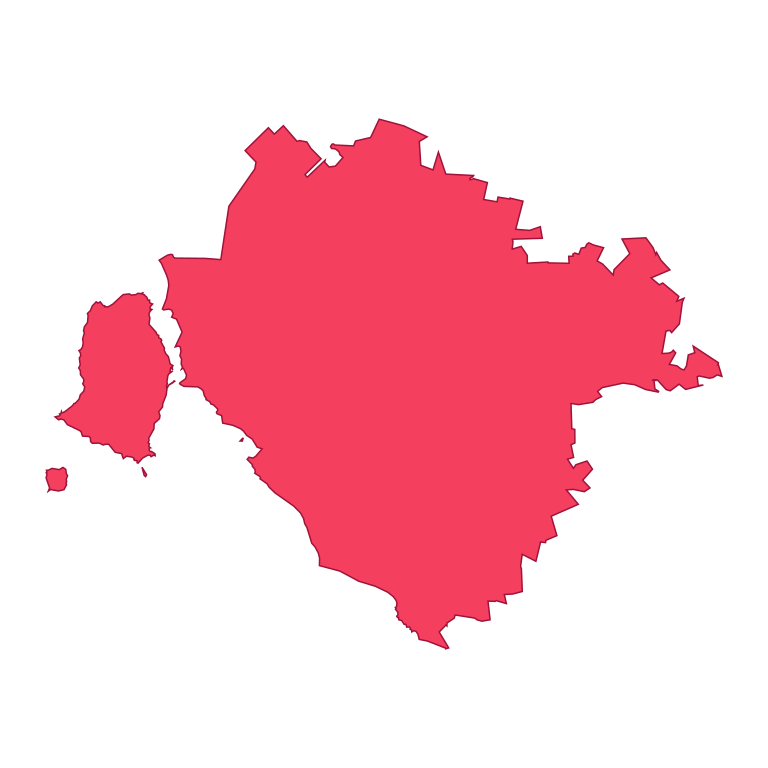 the district of Hermosillo, Sonora, Mexico
{"feature_id": "50627088B25746055261470", "entity_name": "Hermosillo", "entity_type": "district", "adm_level": 2, "iso_a3": "MEX", "parent_name": "Mexico", "parent_adm1": "Sonora", "projection": "robinson", "projection_center": [-112.148, 28.969], "detail": "fine", "context": "isolated", "style": "filled", "palette": "rose", "viewbox_px": 768, "rotation_deg": 0, "n_neighbors": 0, "source": "geoboundaries", "source_scale": "gbopen_adm2", "svg_char_len": 6049}
<svg xmlns="http://www.w3.org/2000/svg" viewBox="0 0 768 768"><path d="M159.1,260.2L161.5,263.5L166.7,275.4L168.2,280.1L168.8,285.5L166.4,298.9L162.4,309.0L163.5,309.9L169.0,309.1L171.6,310.2L173.2,313.6L171.6,317.2L176.5,319.1L182.1,332.1L175.2,346.9L178.8,346.0L180.3,347.2L181.0,351.1L179.9,355.8L181.5,358.8L181.2,364.2L182.5,367.0L181.5,369.2L182.8,368.4L181.9,368.8L182.3,368.0L183.6,368.6L186.5,375.1L185.7,378.6L180.2,382.6L179.6,383.4L180.1,384.3L184.0,386.4L197.9,386.9L201.4,389.1L203.1,390.7L204.3,395.6L206.2,398.6L206.0,399.6L209.8,401.7L210.8,403.9L213.4,404.8L217.6,408.9L217.6,410.5L216.4,412.3L217.0,413.7L221.6,415.6L222.7,423.1L232.9,425.3L240.5,428.7L243.4,431.0L246.6,435.3L252.2,439.1L257.2,447.2L262.1,448.8L255.8,456.2L253.1,458.0L248.8,457.2L247.2,459.4L252.4,464.7L252.3,466.2L254.9,469.3L255.3,472.3L254.7,473.2L259.9,476.5L260.5,477.9L260.0,478.8L267.1,483.8L269.2,487.3L275.3,493.1L293.6,506.0L300.5,512.9L303.6,518.6L304.7,523.6L306.9,527.4L311.8,543.3L315.0,546.8L318.3,553.0L319.6,558.1L319.4,565.6L339.9,571.1L358.9,581.3L375.2,586.2L387.7,592.2L393.3,596.6L396.3,600.7L396.9,603.4L396.6,606.5L395.3,607.5L396.0,608.5L395.5,609.3L397.9,612.4L397.9,615.0L396.7,616.2L397.5,617.5L398.5,617.4L398.9,619.9L401.6,620.5L404.2,624.4L405.9,624.3L406.7,627.1L409.6,627.0L410.5,628.4L410.0,629.1L411.6,630.1L411.8,631.9L413.8,630.7L416.0,631.4L417.9,634.2L419.2,639.4L427.2,641.0L445.5,648.1L445.7,648.8L448.7,647.9L439.2,632.0L446.0,625.0L446.9,625.9L447.0,623.0L454.3,618.1L455.1,615.0L474.8,618.1L477.2,619.9L481.9,621.2L490.1,619.8L488.0,601.1L495.1,601.4L496.0,600.6L506.4,603.6L504.3,594.5L512.8,594.0L522.3,591.5L521.4,568.7L520.6,566.4L522.2,554.3L535.9,561.3L540.6,542.0L545.5,542.6L545.9,540.3L556.9,535.6L551.2,516.2L578.3,504.3L566.3,489.9L573.4,489.4L584.3,491.7L590.0,487.9L582.7,480.2L592.5,469.2L587.0,461.0L575.9,464.7L573.4,468.3L567.5,459.2L573.6,457.4L571.0,444.7L574.9,443.0L574.8,429.4L571.8,428.7L571.0,403.5L578.7,404.6L592.9,402.3L595.8,399.5L601.6,396.6L597.6,391.4L602.2,387.6L623.1,383.1L634.7,384.7L645.6,389.5L658.2,392.1L658.6,391.3L654.9,388.9L654.0,380.5L652.8,380.1L653.3,379.7L655.9,380.5L656.0,379.8L657.4,380.0L666.2,389.6L670.2,390.8L679.1,384.2L685.6,389.4L703.4,385.0L698.2,385.5L697.2,376.7L699.3,376.0L709.4,378.2L713.1,377.5L717.2,374.9L721.9,376.4L718.4,364.7L717.7,364.8L718.4,362.7L693.2,346.1L694.8,352.7L688.3,354.9L686.5,365.8L684.2,369.9L681.1,369.0L676.9,365.8L669.3,364.4L675.7,352.9L673.3,350.2L671.7,352.0L668.4,353.2L662.0,353.5L666.0,331.1L669.8,330.4L671.6,332.6L679.4,323.9L682.3,302.4L684.0,298.2L676.8,301.3L678.8,296.4L662.7,283.0L659.3,284.8L651.1,277.9L669.9,269.9L660.9,260.2L656.6,252.5L655.8,254.7L653.1,247.7L645.9,237.8L622.0,239.0L629.8,253.7L614.1,269.6L613.2,275.0L602.6,264.0L597.1,260.9L603.6,247.7L593.5,245.0L588.8,242.8L586.8,244.2L585.3,247.4L581.2,248.1L578.8,254.3L574.8,253.0L572.9,254.1L573.0,256.2L568.7,256.3L569.1,263.3L548.2,262.9L548.0,262.0L527.3,263.2L527.3,255.5L521.2,246.4L512.2,249.1L513.0,241.7L512.3,239.2L542.3,238.3L540.3,226.7L529.6,230.4L515.7,229.3L523.0,201.2L510.0,198.1L509.9,199.0L498.0,197.1L497.1,201.8L483.7,199.5L487.4,182.6L473.7,178.7L470.1,179.8L469.7,178.9L470.9,177.4L472.6,177.0L473.6,175.5L445.8,174.1L438.4,152.1L433.0,169.9L420.8,165.3L419.3,141.5L427.1,136.8L403.9,125.9L379.2,119.2L370.6,137.5L355.5,141.0L353.6,145.9L334.8,145.0L333.4,143.9L332.0,144.2L330.5,146.5L331.5,148.5L335.4,148.9L338.9,151.7L339.9,154.7L343.0,157.4L335.4,166.1L329.1,167.0L324.7,162.2L325.1,160.2L307.2,177.2L305.0,174.6L321.1,158.8L310.9,148.4L306.8,141.9L299.5,140.6L297.0,141.3L283.4,125.7L274.3,134.1L268.4,127.7L245.1,150.6L256.0,162.1L254.8,169.0L228.9,206.2L220.8,259.6L205.4,258.4L175.1,258.1L173.5,257.2L172.5,254.7L171.0,254.3L167.4,255.2L159.1,260.2ZM143.7,292.4L141.1,293.6L138.0,293.3L135.8,294.6L131.5,295.1L129.2,293.9L123.1,294.6L112.8,304.1L108.2,306.8L104.8,306.8L104.7,305.7L103.2,305.6L100.2,301.8L98.0,303.1L96.2,301.8L92.3,305.9L90.4,310.6L87.4,313.5L88.1,315.6L87.5,322.5L84.4,326.7L83.5,331.0L84.4,332.7L82.6,339.0L83.2,342.9L82.5,346.9L80.9,349.5L78.9,350.5L80.4,353.0L80.7,355.8L79.3,358.0L80.2,364.9L78.7,368.0L80.3,370.6L80.5,374.8L83.6,379.0L83.8,381.5L82.7,383.8L84.7,386.8L83.8,391.1L80.3,394.8L79.1,399.1L75.4,403.2L74.0,403.5L72.6,405.6L65.3,411.3L62.5,412.8L61.7,412.7L61.4,411.6L60.8,413.6L59.6,413.9L60.2,414.7L59.5,415.8L55.1,416.9L58.6,419.8L61.2,419.0L64.0,420.0L67.3,424.6L79.5,430.5L81.1,431.8L82.5,436.1L89.0,436.5L90.3,437.8L90.6,441.6L92.3,443.3L99.2,443.1L103.2,445.0L106.0,444.1L108.8,444.4L115.2,452.3L121.6,453.6L123.3,458.6L126.5,456.2L132.5,457.2L134.3,458.8L133.9,459.7L134.6,460.4L137.1,460.7L137.1,462.8L138.1,463.1L142.6,458.1L148.0,455.1L150.0,455.3L151.1,456.7L153.8,455.1L155.2,455.7L155.0,453.8L151.6,451.5L149.9,451.4L149.2,449.9L149.4,448.0L150.5,447.8L148.8,446.4L149.4,443.5L148.1,442.8L149.1,440.1L148.7,438.3L153.9,428.9L154.2,423.5L159.5,418.7L160.0,415.6L158.7,411.8L162.5,407.1L162.8,403.6L166.2,395.0L167.0,388.4L168.8,385.1L172.7,382.8L174.7,381.2L173.5,380.6L174.2,381.3L168.8,385.0L166.8,388.3L166.4,385.9L167.4,383.8L166.9,381.9L167.9,375.5L169.0,373.7L172.9,370.9L169.9,372.8L170.7,367.8L172.3,366.6L171.5,368.1L172.9,369.8L172.0,367.9L173.0,365.6L170.2,364.0L168.4,356.7L165.8,353.7L164.1,350.0L164.5,348.2L161.0,341.9L161.7,340.2L160.8,338.8L158.8,337.9L158.7,335.4L156.9,334.5L156.1,332.3L149.0,324.3L149.9,318.0L148.9,314.3L149.9,311.6L152.0,309.4L151.6,309.2L151.3,309.3L150.4,309.1L151.7,309.5L150.4,310.7L150.0,307.0L152.6,304.0L149.7,302.8L149.6,300.1L148.0,300.2L146.8,297.2L144.5,295.2L145.1,295.1L141.1,293.7L143.7,292.4ZM65.8,469.4L62.9,467.4L59.3,469.6L51.8,468.4L48.9,470.0L46.4,470.3L46.9,472.2L46.2,472.8L47.0,474.1L46.1,477.9L49.6,488.0L48.3,491.2L50.6,489.5L58.4,491.0L64.0,489.7L66.6,484.6L65.9,483.1L66.7,481.8L66.2,479.2L67.6,475.7L66.3,473.6L65.8,469.4ZM146.6,474.7L142.0,467.3L144.2,475.5L145.6,476.6L146.6,474.7ZM242.3,441.1L243.1,438.5L242.6,438.3L240.1,441.0L242.3,441.1Z" fill="#f43f5e" stroke="#9f1239" stroke-width="1.5"/></svg>